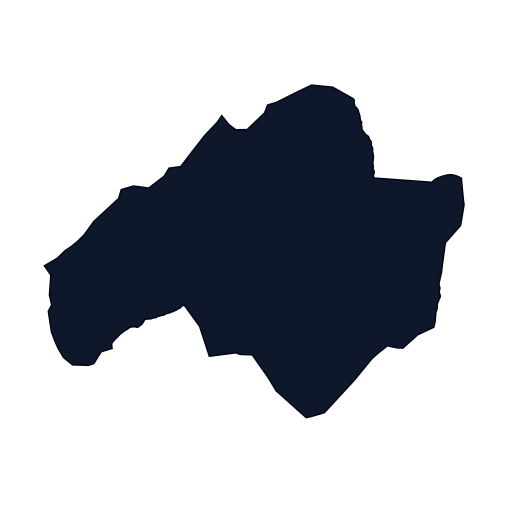 Manxan, Hovd, Mongolia (Mercator projection), rotated 85°
{"feature_id": "93677404B19560479814297", "entity_name": "Manxan", "entity_type": "district", "adm_level": 2, "iso_a3": "MNG", "parent_name": "Mongolia", "parent_adm1": "Hovd", "projection": "mercator", "projection_center": [92.211, 47.361], "detail": "fine", "context": "isolated", "style": "filled", "palette": "ink", "viewbox_px": 512, "rotation_deg": 85, "n_neighbors": 0, "source": "geoboundaries", "source_scale": "gbopen_adm2", "svg_char_len": 3685}
<svg xmlns="http://www.w3.org/2000/svg" viewBox="0 0 512 512"><g transform="rotate(85 256 256)"><path d="M107.6,145.7L94.5,164.9L90.6,185.8L95.9,200.0L104.8,222.4L106.6,231.3L114.2,235.0L129.3,253.8L128.5,265.1L122.6,271.7L113.2,277.9L119.4,282.9L131.5,296.6L149.5,313.3L160.4,323.3L160.9,335.0L168.4,340.4L179.0,356.9L175.6,371.8L178.1,384.4L186.8,387.9L207.4,414.5L220.0,425.4L226.6,433.4L230.7,439.7L234.1,445.9L240.7,453.8L244.6,461.9L247.3,467.7L257.2,462.0L276.8,465.2L287.0,463.8L293.0,467.7L313.8,466.4L322.5,464.0L330.7,461.2L340.5,456.5L348.5,448.1L350.3,432.3L348.9,426.8L340.9,420.9L337.9,418.6L335.5,407.4L334.7,407.6L334.3,407.5L333.7,407.5L333.4,407.5L333.0,407.6L332.4,407.5L330.9,407.5L330.5,407.4L330.4,407.2L330.2,407.1L329.5,406.5L329.1,406.1L328.4,405.5L327.8,404.7L325.7,402.6L324.5,400.7L323.0,399.5L321.2,396.8L318.8,393.0L318.5,392.5L318.2,391.5L317.6,390.2L316.8,389.2L316.2,388.0L315.7,386.4L315.8,385.7L315.9,384.9L315.8,384.3L315.9,383.4L315.9,382.6L316.2,382.0L316.6,381.2L316.7,380.6L316.5,379.7L315.8,378.6L314.0,375.6L313.5,375.2L312.1,374.0L310.9,373.3L309.9,372.5L309.5,371.7L309.3,370.8L309.3,369.4L309.4,368.1L309.4,367.3L309.4,366.9L309.4,366.1L309.1,365.4L308.9,364.6L308.8,363.4L308.6,362.8L308.7,361.1L308.5,360.7L307.9,359.6L307.5,358.8L307.4,357.1L307.1,355.9L306.9,354.1L306.8,352.8L306.4,352.1L305.9,351.2L305.7,350.6L305.5,349.2L305.4,348.6L305.1,348.0L305.0,347.1L304.8,346.0L304.4,345.1L304.3,344.1L304.0,343.2L303.4,341.7L302.9,340.0L302.2,338.9L301.8,338.1L301.4,336.8L301.0,335.8L300.8,335.5L300.0,335.2L299.7,334.8L299.3,334.3L299.2,333.7L299.1,333.2L298.9,332.7L298.9,332.2L298.8,331.7L321.2,318.3L351.8,311.2L350.7,284.6L352.7,280.3L354.1,268.4L378.5,254.3L392.0,247.7L421.4,220.1L420.8,215.3L418.1,201.6L388.3,168.9L368.4,149.5L363.4,142.8L356.9,132.9L359.7,123.9L360.6,117.8L348.6,101.8L342.5,85.1L337.1,83.3L328.2,81.8L327.7,81.7L326.2,81.0L324.8,80.4L323.1,79.8L320.7,79.7L318.8,79.3L317.1,78.2L315.2,77.5L314.1,76.8L313.3,76.2L312.2,76.0L311.1,76.0L309.4,76.3L308.0,76.7L306.9,76.6L305.2,75.8L304.1,75.6L303.2,75.6L301.9,76.1L299.4,76.1L297.6,75.6L289.0,72.8L281.5,71.2L259.3,66.2L243.4,49.5L223.2,44.3L217.5,44.5L205.8,44.6L196.4,44.6L195.0,46.7L193.6,49.4L192.2,53.4L191.9,56.2L192.0,58.7L192.5,61.3L192.7,63.1L193.4,65.7L194.2,68.5L195.1,70.5L195.7,71.7L196.6,72.8L197.9,74.3L196.1,85.2L193.3,102.6L188.6,131.8L188.1,131.9L187.4,131.9L186.6,131.9L185.7,132.0L185.1,131.7L184.2,131.3L183.3,131.1L182.6,131.0L181.8,131.0L181.3,131.0L180.5,131.4L180.1,131.6L179.5,131.8L179.0,131.7L178.2,131.5L177.5,131.5L176.6,131.4L175.6,131.4L174.6,131.4L174.1,131.6L173.6,131.6L173.0,131.6L172.6,131.4L171.8,131.1L170.3,130.8L169.0,130.7L168.3,130.4L167.6,130.3L166.4,130.4L165.6,130.4L164.9,130.5L164.1,130.5L163.1,130.6L161.9,130.8L161.3,130.8L160.6,130.7L159.3,130.4L158.3,130.6L157.7,130.7L157.1,131.0L155.7,131.6L154.3,131.4L153.1,131.3L152.4,131.3L151.5,131.6L150.4,132.4L149.3,133.0L148.2,133.1L146.9,133.5L146.3,134.0L145.0,135.7L144.4,136.3L141.8,137.8L140.5,138.7L139.2,139.4L138.1,139.4L136.7,139.3L135.8,139.4L134.7,139.5L133.6,139.5L132.8,139.3L132.2,139.0L131.9,139.0L131.4,139.2L130.8,139.7L130.1,140.2L129.3,140.1L128.7,140.1L128.0,140.2L127.4,140.3L126.9,140.4L126.5,140.3L126.1,140.3L125.6,140.3L125.1,140.4L124.6,140.5L124.0,140.6L123.6,140.7L122.9,140.9L122.1,141.2L121.2,141.3L120.5,141.3L120.0,141.5L119.4,141.6L118.9,141.8L118.0,142.4L117.8,142.6L117.3,142.8L116.9,143.0L116.1,143.9L115.4,144.4L114.9,144.6L114.0,144.6L113.6,144.6L113.2,144.8L112.3,145.1L111.6,144.9L110.6,144.7L110.1,144.7L109.6,144.8L109.2,144.8L108.6,144.8L108.0,145.3L107.6,145.7Z" fill="#0f172a" stroke="#020617" stroke-width="1.5"/></g></svg>